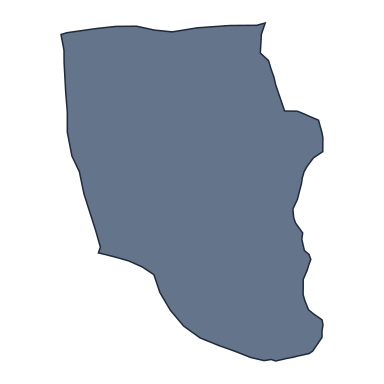 Akoko South East, Ondo, Nigeria
{"feature_id": "59680162B2512996274201", "entity_name": "Akoko South East", "entity_type": "district", "adm_level": 2, "iso_a3": "NGA", "parent_name": "Nigeria", "parent_adm1": "Ondo", "projection": "equal_earth", "projection_center": [5.93, 7.423], "detail": "fine", "context": "isolated", "style": "filled", "palette": "slate", "viewbox_px": 384, "rotation_deg": 0, "n_neighbors": 0, "source": "geoboundaries", "source_scale": "gbopen_adm2", "svg_char_len": 1293}
<svg xmlns="http://www.w3.org/2000/svg" viewBox="0 0 384 384"><path d="M264.0,360.6L271.3,359.5L275.6,361.0L286.9,358.4L293.3,357.2L297.9,356.0L303.5,354.8L309.0,353.6L312.7,351.1L322.0,337.4L322.0,331.2L323.0,324.9L322.1,319.9L313.0,313.5L308.5,309.7L304.9,300.8L303.1,294.5L303.2,288.3L303.2,279.5L304.6,276.2L307.0,270.7L308.9,264.5L310.8,259.5L309.0,254.4L304.4,250.6L301.8,239.3L302.7,233.0L297.6,225.9L295.5,222.9L293.7,217.8L292.9,209.0L297.5,199.1L299.4,191.5L301.4,184.0L302.3,177.8L304.2,171.5L307.0,166.5L310.7,161.5L313.5,157.8L319.1,154.1L322.8,151.6L322.8,145.3L322.9,137.8L322.0,132.8L318.5,120.2L309.3,116.3L303.8,113.8L297.4,111.2L291.9,111.1L289.2,111.1L284.6,111.0L275.6,84.6L273.9,77.0L271.2,69.5L268.5,60.6L260.3,53.0L261.4,34.2L265.2,23.0L256.7,25.3L230.0,25.5L197.4,27.8L172.2,31.9L160.8,30.7L154.4,30.1L136.6,26.2L115.8,26.4L96.6,28.5L81.8,30.6L66.9,32.7L61.0,34.5L63.7,48.7L64.0,50.6L64.1,62.6L65.7,92.4L67.3,112.2L67.3,132.1L71.9,156.0L73.3,158.9L79.4,171.8L83.9,193.7L95.9,231.3L100.4,247.2L98.4,252.9L101.1,253.5L115.3,257.1L128.7,260.9L137.2,264.7L142.0,266.8L151.7,273.2L153.9,274.7L159.9,292.5L170.4,310.3L183.8,326.2L200.2,338.0L218.8,345.5L219.5,345.8L225.0,347.7L235.8,351.6L250.7,357.5L264.0,360.6Z" fill="#64748b" stroke="#1e293b" stroke-width="1.5"/></svg>